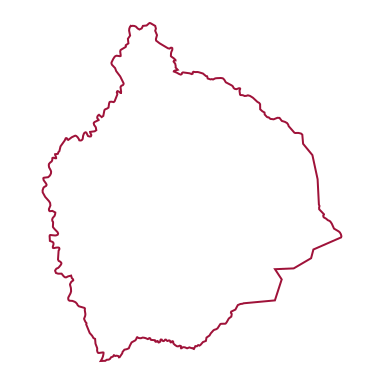 outline of San Andres, Lempira, Honduras
{"feature_id": "27666195B74503802640136", "entity_name": "San Andres", "entity_type": "district", "adm_level": 2, "iso_a3": "HND", "parent_name": "Honduras", "parent_adm1": "Lempira", "projection": "orthographic", "projection_center": [-88.635, 14.237], "detail": "fine", "context": "isolated", "style": "outline", "palette": "rose", "viewbox_px": 384, "rotation_deg": 0, "n_neighbors": 0, "source": "geoboundaries", "source_scale": "gbopen_adm2", "svg_char_len": 5820}
<svg xmlns="http://www.w3.org/2000/svg" viewBox="0 0 384 384"><path d="M264.7,114.5L264.5,112.5L262.4,111.3L260.2,109.3L260.1,104.2L259.2,102.9L257.4,101.9L252.9,97.7L250.0,95.9L247.9,95.3L246.5,95.8L244.7,96.0L242.8,95.2L240.4,95.0L240.0,94.4L239.5,90.8L240.2,88.8L240.0,88.4L239.1,88.2L236.3,89.2L234.6,88.8L233.6,87.9L232.8,86.3L231.7,85.4L225.8,82.3L224.2,79.6L222.8,78.3L220.9,78.0L216.5,78.2L215.2,78.4L213.0,79.5L211.9,79.1L210.5,79.4L207.7,78.5L207.1,76.3L206.0,76.1L202.9,73.5L198.6,72.2L197.3,72.0L195.3,72.1L193.4,71.8L192.7,72.4L192.7,73.6L191.8,74.1L189.6,73.3L183.0,72.4L182.1,72.9L181.7,74.1L180.8,74.6L179.3,74.1L176.8,72.7L173.8,71.5L173.9,71.1L174.8,70.6L177.7,69.8L175.6,67.5L175.7,66.0L175.2,63.7L173.6,61.6L173.9,60.8L174.7,60.3L175.5,60.4L175.5,60.0L173.9,58.4L171.2,56.5L170.9,56.1L171.0,53.5L171.3,52.0L172.3,49.8L172.3,48.2L171.9,47.8L171.3,47.7L170.6,47.8L169.6,48.6L168.0,48.3L159.6,43.3L156.1,40.6L155.9,39.1L157.0,35.1L155.2,30.8L155.9,28.6L155.2,25.9L150.5,23.2L149.7,23.0L149.1,23.3L146.6,25.5L142.9,25.9L141.7,28.4L139.4,29.5L137.7,28.5L136.0,26.7L134.5,26.0L132.7,25.8L131.3,26.1L130.8,25.8L130.0,26.8L129.3,28.6L129.1,30.6L130.1,35.6L127.9,38.8L128.4,43.4L125.8,45.2L125.7,45.7L125.9,46.6L125.6,47.0L121.2,49.6L120.5,50.2L120.2,51.5L120.7,55.2L120.6,56.0L120.0,56.2L116.6,55.7L115.3,56.2L114.4,57.1L113.2,59.0L111.5,62.5L111.5,63.6L112.0,64.8L115.1,68.1L116.2,71.1L120.2,76.4L123.6,83.3L123.6,84.0L123.1,84.9L122.6,85.3L121.4,85.7L120.5,87.1L121.1,91.6L121.0,93.0L120.6,93.0L118.3,91.3L117.6,91.1L117.1,91.4L116.8,92.5L117.3,93.9L117.3,94.5L114.6,101.3L113.7,102.1L111.4,101.7L110.1,101.8L109.6,102.1L109.1,103.4L108.5,107.6L107.0,108.6L105.2,109.3L104.4,110.2L103.3,115.9L101.7,117.1L99.0,114.8L97.9,115.6L97.3,116.8L97.2,117.8L97.5,118.6L98.5,119.6L98.6,120.1L94.6,122.0L94.0,122.6L93.7,123.2L94.1,124.9L95.8,127.3L96.3,130.2L94.7,131.3L90.1,131.9L90.2,132.7L91.3,134.9L91.2,135.7L90.8,136.4L89.5,136.5L88.0,136.0L86.3,132.6L85.5,132.3L84.5,132.8L83.8,133.9L83.1,135.9L82.7,138.9L82.1,139.8L81.2,140.4L80.3,140.5L79.3,140.3L78.8,139.0L77.6,137.2L76.4,136.1L75.6,135.7L74.8,135.8L71.7,137.3L68.3,139.9L67.5,139.6L67.2,138.7L66.7,138.2L66.1,138.1L65.7,138.3L64.7,140.5L60.5,146.4L59.4,151.1L58.3,152.3L58.0,153.6L57.7,153.9L55.1,154.2L55.1,154.8L56.1,157.3L56.1,158.2L55.3,158.3L53.3,157.7L52.5,157.9L52.3,158.4L52.3,159.9L51.7,161.4L50.0,162.7L48.9,164.1L48.8,165.6L49.1,167.4L50.7,170.4L51.1,171.5L51.0,173.2L50.4,174.7L49.4,176.1L48.1,177.2L44.0,177.7L43.5,177.9L43.3,178.5L43.7,180.3L46.1,183.6L46.6,184.9L46.1,185.9L44.2,187.0L43.5,187.7L42.6,190.2L42.7,192.4L45.2,196.9L49.1,201.3L50.1,203.0L50.4,205.5L48.9,209.1L49.1,210.6L49.9,211.2L52.4,210.9L55.3,212.5L55.2,213.9L54.6,215.8L52.7,218.0L52.2,219.4L52.3,220.8L53.0,221.9L53.1,222.7L52.9,226.7L53.1,227.3L54.5,229.0L57.5,232.1L58.1,233.4L57.8,234.6L56.4,235.3L55.1,235.5L50.3,235.0L49.8,235.3L49.6,236.0L49.9,240.9L52.7,242.0L53.5,243.1L53.5,244.4L52.8,246.7L52.9,247.8L53.9,248.1L56.3,247.6L58.2,247.5L59.1,247.8L59.4,248.5L59.3,249.5L58.6,250.7L58.0,259.5L58.7,260.9L60.1,261.6L61.2,262.6L61.4,263.7L60.7,265.0L59.0,267.1L58.0,268.0L56.5,268.6L55.6,269.7L55.1,270.8L56.0,273.0L58.2,273.7L61.6,273.7L63.8,276.4L65.1,277.3L66.3,277.3L68.0,276.4L71.1,275.6L71.8,278.0L73.1,279.4L73.2,280.4L71.3,281.8L70.2,283.8L70.0,284.7L70.9,288.0L71.1,291.3L70.5,293.3L68.3,297.5L68.2,298.9L68.5,299.9L69.4,300.7L72.4,300.9L74.7,301.8L75.7,302.4L77.0,303.8L77.7,305.2L78.9,306.3L84.4,307.9L84.9,308.4L84.8,310.3L85.4,314.1L85.2,315.8L84.1,318.7L84.3,319.5L85.4,321.8L86.5,323.2L86.2,324.4L89.7,333.0L92.1,335.7L93.5,338.1L95.1,338.9L95.5,343.7L97.2,348.2L97.1,350.6L97.5,352.0L97.9,352.7L98.8,353.0L103.0,352.4L103.5,352.6L103.5,353.9L102.9,356.6L101.9,359.0L100.7,361.0L105.4,360.8L106.6,359.8L108.8,359.6L110.1,358.8L110.9,357.4L112.9,356.6L113.9,355.2L114.3,355.3L115.1,356.0L116.6,355.7L118.1,356.0L118.6,356.4L118.9,357.3L119.6,357.2L122.2,353.4L122.6,351.9L124.4,349.7L126.7,349.2L128.8,348.3L129.9,345.6L131.6,342.4L135.4,340.3L136.4,338.7L136.8,337.5L137.2,337.2L138.6,338.0L140.0,338.2L141.0,338.2L142.6,337.6L143.9,337.7L145.8,338.2L147.8,339.1L148.3,338.9L149.1,338.2L149.7,338.1L150.3,338.5L150.6,339.5L151.1,339.9L154.8,340.2L155.1,340.4L155.2,341.4L155.8,341.8L156.3,341.7L157.0,341.1L157.5,341.0L158.0,341.4L158.2,342.2L158.7,342.5L159.5,342.2L160.2,341.6L160.4,340.1L160.9,339.5L161.7,339.6L162.4,340.7L163.3,341.1L164.2,340.8L165.1,339.7L165.8,339.6L167.3,341.0L167.9,340.9L168.9,340.4L169.6,340.5L170.0,340.9L170.3,341.9L170.8,342.4L171.6,342.1L172.2,341.2L172.7,341.2L173.2,341.8L173.3,343.0L173.6,343.7L175.0,345.0L176.8,346.2L178.0,346.4L179.8,345.7L180.8,346.0L181.2,346.8L180.8,347.8L181.1,348.3L181.7,348.2L182.5,347.4L183.3,347.2L184.8,347.3L187.1,348.3L189.4,347.4L191.5,348.1L193.1,348.1L193.4,348.3L193.5,348.9L193.9,349.0L195.4,346.1L196.8,346.3L198.2,345.1L199.5,345.6L200.6,344.8L202.9,342.1L205.9,340.9L206.5,337.6L209.5,335.5L210.8,333.3L213.4,330.4L214.3,329.8L216.0,329.3L217.5,328.4L220.3,324.1L221.1,323.8L225.2,323.7L225.7,323.5L226.7,322.2L228.8,318.5L231.3,316.6L231.7,314.4L231.6,313.6L230.9,312.8L231.2,311.6L235.4,309.6L237.8,305.1L240.4,304.0L242.7,303.7L243.5,303.3L274.9,300.4L281.7,279.4L275.0,269.2L293.7,268.4L311.1,258.2L313.4,249.5L341.1,237.4L341.4,236.2L340.9,234.3L339.9,232.5L338.7,231.4L334.0,228.6L331.8,223.7L330.3,221.5L329.3,220.8L327.7,220.1L326.3,218.8L323.7,217.3L323.2,215.9L323.5,215.0L324.0,214.6L324.0,214.3L319.2,209.3L319.1,207.5L319.5,206.0L318.9,204.6L317.6,179.2L312.4,155.1L303.1,143.8L302.3,134.7L301.3,133.7L300.1,133.3L298.2,132.9L295.3,133.0L294.4,132.7L288.7,126.2L288.1,124.5L287.1,123.1L285.0,121.9L281.8,120.9L279.5,117.9L277.4,117.8L273.7,119.3L270.4,118.9L268.6,117.3L267.7,117.3L266.9,116.9L264.7,114.5Z" fill="none" stroke="#9f1239" stroke-width="2"/></svg>